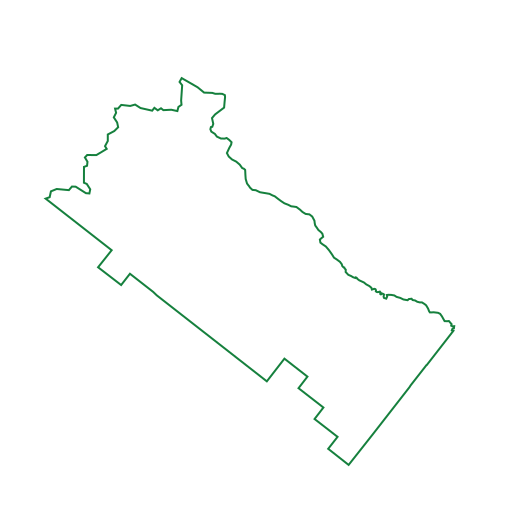 the district of Stevens, Washington, United States of America, rotated 128°
{"feature_id": "52423323B13893996833484", "entity_name": "Stevens", "entity_type": "district", "adm_level": 2, "iso_a3": "USA", "parent_name": "United States of America", "parent_adm1": "Washington", "projection": "mercator", "projection_center": [-118.088, 48.397], "detail": "fine", "context": "isolated", "style": "outline", "palette": "green", "viewbox_px": 512, "rotation_deg": 128, "n_neighbors": 0, "source": "geoboundaries", "source_scale": "gbopen_adm2", "svg_char_len": 2906}
<svg xmlns="http://www.w3.org/2000/svg" viewBox="0 0 512 512"><g transform="rotate(128 256 256)"><path d="M161.6,424.1L165.9,423.4L166.9,419.3L179.6,410.7L182.7,407.8L186.3,408.9L190.2,407.2L192.9,412.8L198.1,418.8L198.1,421.8L201.7,423.1L201.8,427.3L205.4,427.3L210.5,438.1L211.1,444.5L215.2,447.5L219.9,455.2L224.8,455.5L226.6,457.8L229.3,454.4L234.3,453.4L236.3,447.6L239.4,443.9L244.8,444.6L251.5,447.6L256.6,443.6L262.4,442.6L263.5,439.6L274.7,443.9L276.9,446.7L280.3,451.2L283.7,451.5L285.5,446.8L288.9,444.7L291.7,446.4L304.2,436.7L303.4,433.7L305.5,427.7L309.3,425.8L311.2,428.7L312.4,440.8L314.6,443.8L319.3,444.0L325.9,454.3L331.3,457.4L336.7,454.8L340.3,457.1L340.3,373.3L362.1,373.5L361.9,344.4L347.6,344.4L347.6,314.9L348.1,310.0L348.1,170.3L319.4,170.4L319.4,141.2L334.0,141.1L333.9,109.6L348.4,109.5L348.3,80.4L363.5,80.4L363.6,54.4L324.3,54.2L264.7,54.3L262.9,54.5L237.0,54.5L236.8,54.3L193.5,54.4L194.0,55.9L192.3,56.4L191.2,55.5L189.3,56.6L190.4,57.8L190.7,59.3L189.3,59.9L188.5,64.0L189.7,65.2L191.2,67.3L190.5,69.0L189.1,72.3L188.2,75.3L188.7,77.6L191.0,81.4L192.6,83.2L193.4,84.3L192.9,85.7L191.5,88.0L190.1,91.6L190.1,93.8L190.4,96.7L191.7,98.3L192.8,100.8L193.1,103.3L194.3,105.5L193.9,107.1L195.9,109.1L197.5,109.3L199.5,113.1L200.2,116.5L201.7,120.1L201.9,122.7L203.4,125.5L205.0,127.7L206.2,128.9L207.1,127.7L209.4,127.1L209.7,127.8L210.2,129.4L209.5,130.4L207.5,131.5L207.6,132.6L207.9,133.5L208.8,133.8L209.0,133.7L209.5,134.2L209.5,134.6L208.8,135.2L208.1,135.2L207.8,136.5L208.7,137.1L209.6,137.9L210.0,138.6L210.1,139.8L209.1,140.4L208.6,141.5L209.1,142.7L210.0,143.2L211.1,144.0L210.0,145.5L209.9,148.2L210.5,151.7L210.4,154.6L211.6,159.7L211.6,162.2L211.2,163.2L211.4,164.2L212.2,164.2L213.0,166.6L213.2,168.6L214.0,171.7L213.4,175.5L211.5,176.9L211.2,178.8L210.7,179.3L210.9,179.9L211.0,180.5L210.8,181.8L209.7,183.3L208.9,186.2L209.0,190.3L209.3,193.5L208.0,197.0L206.5,202.0L205.5,206.8L205.8,210.8L205.8,213.5L203.7,215.8L201.6,215.4L199.5,214.9L197.6,217.4L197.2,219.5L197.1,222.9L196.3,225.3L195.5,228.1L194.1,229.8L192.2,231.7L190.3,236.0L190.3,239.5L192.3,242.8L192.7,246.5L192.4,249.8L192.5,254.3L193.8,256.6L195.2,258.9L195.8,262.1L197.0,266.1L197.3,270.0L197.4,274.2L197.4,278.0L198.1,280.3L198.7,283.6L200.3,286.6L201.4,288.6L203.3,292.1L204.3,296.7L206.1,299.5L205.8,302.9L205.2,304.5L205.0,305.5L204.4,307.7L201.7,311.5L198.6,314.3L195.9,316.6L194.8,317.6L194.7,319.3L195.2,321.0L194.0,325.1L193.8,329.7L194.7,334.3L194.4,338.7L192.8,342.3L187.3,343.6L183.5,344.2L181.4,345.3L181.0,348.7L181.1,351.8L182.7,352.9L185.0,355.9L186.0,360.3L185.1,363.6L185.5,367.8L184.2,370.0L182.2,370.9L181.1,370.0L178.2,371.0L174.4,375.6L169.6,375.4L158.7,372.5L154.1,375.5L152.2,376.7L149.7,378.3L148.4,379.6L149.0,382.4L150.4,384.4L152.4,386.8L153.3,388.0L154.4,390.9L159.2,397.5L159.0,405.9L161.0,420.1L161.6,424.1Z" fill="none" stroke="#15803d" stroke-width="2"/></g></svg>